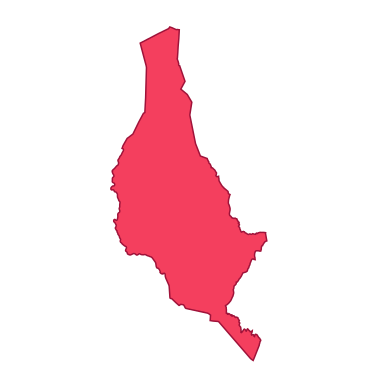 outline of Kilome, Eastern, Kenya, rotated 5°
{"feature_id": "3690345B81435991527602", "entity_name": "Kilome", "entity_type": "district", "adm_level": 2, "iso_a3": "KEN", "parent_name": "Kenya", "parent_adm1": "Eastern", "projection": "equal_earth", "projection_center": [37.318, -1.832], "detail": "fine", "context": "isolated", "style": "filled", "palette": "rose", "viewbox_px": 384, "rotation_deg": 5, "n_neighbors": 0, "source": "geoboundaries", "source_scale": "gbopen_adm2", "svg_char_len": 6143}
<svg xmlns="http://www.w3.org/2000/svg" viewBox="0 0 384 384"><g transform="rotate(5 192 192)"><path d="M183.1,115.5L184.0,102.6L178.8,95.3L171.9,90.5L175.4,82.4L168.7,67.3L168.2,67.3L167.8,66.9L167.6,66.4L167.6,65.4L166.9,63.4L165.6,60.6L165.8,59.9L165.7,54.2L165.5,48.2L165.5,40.4L165.2,31.5L163.1,31.4L162.5,31.6L162.0,31.6L157.8,30.1L155.5,29.5L154.9,30.6L154.1,31.5L144.8,37.1L127.4,48.2L135.4,70.4L135.8,72.1L137.6,102.4L138.1,117.0L136.8,117.8L132.9,126.9L128.1,139.4L122.7,144.3L119.3,151.7L118.5,154.7L119.6,155.0L120.0,155.5L120.1,156.5L119.9,157.3L119.2,158.6L118.3,161.2L117.1,162.9L116.5,164.8L115.7,166.1L115.5,166.6L115.5,167.3L116.3,169.1L116.3,170.4L116.1,171.1L115.9,171.6L114.8,172.5L114.4,173.0L112.7,175.4L111.3,176.8L110.6,178.1L111.0,178.5L110.9,179.1L111.1,179.7L111.9,181.1L112.5,181.8L112.7,182.3L112.8,182.9L112.7,183.5L111.7,184.6L111.5,185.2L111.7,188.7L112.0,189.2L112.4,189.5L113.5,189.9L114.0,190.3L114.3,191.0L114.3,191.8L114.1,192.4L113.6,192.8L112.6,192.9L112.2,193.2L111.7,193.7L111.1,194.5L110.9,195.1L110.9,196.1L111.2,196.6L111.6,196.9L112.3,196.9L112.9,196.7L113.5,196.7L114.0,197.0L114.7,198.3L115.1,198.5L116.1,198.6L116.6,199.0L117.2,199.6L117.9,200.6L118.2,203.4L118.4,204.0L119.5,205.9L119.7,206.6L120.2,207.3L120.8,207.7L121.1,208.3L121.2,209.0L121.1,211.0L121.3,213.1L120.9,214.9L121.2,215.8L121.7,217.0L121.7,217.6L121.6,218.3L121.3,218.7L120.6,219.3L120.2,219.8L120.0,220.9L120.3,223.3L120.1,225.3L119.9,226.0L119.6,226.6L119.1,226.9L118.6,226.7L117.7,226.1L117.2,226.1L116.7,226.5L116.5,227.1L116.5,227.6L116.7,228.4L117.8,229.2L119.4,231.6L119.4,232.4L119.1,233.9L118.7,234.5L119.0,235.2L120.1,236.8L120.6,237.1L120.7,237.8L120.9,238.4L121.7,239.6L122.0,240.7L123.2,241.9L123.5,242.7L123.9,243.9L124.7,244.8L125.0,245.4L124.8,247.0L124.9,247.7L125.3,248.3L126.1,248.8L127.0,249.8L128.3,250.7L129.6,251.6L130.8,252.0L131.3,252.4L131.6,253.2L131.5,253.8L131.1,255.0L130.9,255.9L131.1,256.6L132.3,257.4L132.7,258.0L133.1,259.2L133.9,259.7L135.4,260.1L136.0,260.1L137.1,259.6L138.7,258.6L139.3,258.4L139.9,258.4L140.7,258.6L142.2,259.6L143.0,259.5L143.8,259.0L144.8,258.1L145.3,258.1L146.9,258.8L148.9,258.8L150.4,258.4L151.3,258.5L153.0,259.3L154.3,259.5L155.4,259.9L157.1,260.3L158.1,261.0L161.5,265.0L161.9,265.6L162.2,266.5L162.9,269.4L163.2,270.0L163.5,270.5L164.0,270.8L165.1,271.0L165.7,271.6L166.3,272.2L167.4,274.4L167.2,274.9L168.0,275.7L169.1,276.2L170.1,276.2L170.1,275.7L171.1,275.5L171.7,275.4L172.1,275.7L172.5,276.6L172.8,278.6L173.4,280.1L177.2,287.0L177.5,288.1L179.2,299.0L179.4,299.6L179.8,299.9L181.0,300.0L181.6,300.4L185.8,303.8L188.9,306.1L189.4,306.0L190.3,305.1L190.7,304.9L193.2,305.1L193.6,305.4L194.0,305.8L195.1,307.6L195.5,308.1L196.1,308.5L199.7,309.0L217.9,311.3L219.1,311.7L221.2,313.0L221.3,318.5L223.9,318.7L229.3,318.7L229.9,318.9L264.4,352.4L265.5,353.3L267.6,354.5L268.6,351.4L272.3,338.9L272.4,338.3L272.3,337.8L272.7,336.5L272.8,335.1L273.3,334.3L273.4,333.6L272.9,333.0L272.1,331.8L271.1,331.1L269.3,328.7L268.9,328.4L267.7,328.2L267.3,328.5L267.0,329.2L267.0,330.0L266.9,330.6L266.4,330.4L265.8,329.1L265.5,328.8L265.1,328.8L263.9,329.3L263.6,328.8L263.6,328.1L263.8,327.1L264.1,326.1L264.1,325.0L263.1,326.0L262.6,326.2L262.1,326.1L261.8,325.5L260.8,324.9L259.8,323.8L259.3,323.5L259.0,323.8L258.2,325.8L257.8,325.7L257.6,325.1L256.7,324.3L256.2,324.0L255.7,324.3L255.4,324.9L254.7,326.1L254.3,326.6L254.0,327.3L253.3,327.8L252.9,327.5L253.0,326.6L252.8,324.6L252.5,323.6L252.3,322.5L251.0,321.1L250.6,320.5L250.7,319.4L251.0,318.9L250.9,318.1L250.3,317.8L250.1,317.1L250.2,316.3L250.4,315.9L250.0,315.4L249.6,315.2L249.3,314.5L248.8,314.0L248.7,313.3L248.2,313.0L247.7,313.0L247.3,312.8L246.9,312.8L246.5,313.1L246.2,312.8L245.6,312.8L245.0,311.9L244.6,311.9L244.2,311.7L243.7,311.7L242.7,312.2L242.4,311.8L242.7,311.4L242.5,310.9L242.0,310.9L241.5,311.4L240.7,310.7L239.5,310.0L239.0,310.2L238.8,310.6L238.1,310.7L238.0,309.8L237.4,309.9L236.8,309.8L236.7,308.9L236.5,306.1L236.2,304.9L236.2,304.2L236.0,303.6L235.2,302.5L235.8,301.8L236.6,301.3L238.2,299.6L240.0,297.0L240.5,295.8L241.4,293.1L241.7,292.6L241.9,291.7L242.3,289.6L242.3,288.5L241.6,285.6L242.0,284.6L242.1,282.0L243.4,280.6L243.8,280.0L244.0,279.5L244.0,277.9L244.7,277.9L245.8,276.4L246.6,274.5L247.4,273.6L247.8,272.8L248.5,271.5L249.5,268.8L249.9,268.1L252.7,267.0L253.8,266.1L254.0,265.5L254.3,264.0L254.7,263.0L255.1,262.7L255.4,260.8L255.7,260.1L256.0,259.5L256.1,258.1L256.3,257.5L257.2,254.5L257.4,254.0L258.3,253.4L258.9,253.3L259.6,253.8L260.8,253.9L260.6,253.2L260.5,252.2L260.0,250.7L259.8,249.5L259.8,247.7L260.1,246.3L260.4,245.6L260.8,245.2L261.3,244.9L263.2,244.8L264.9,245.0L265.7,244.8L265.9,243.4L266.0,242.9L265.9,241.6L266.1,239.9L266.5,239.4L267.0,239.3L267.2,238.4L268.7,235.6L269.1,235.3L269.5,234.8L270.8,234.2L268.9,227.1L268.9,226.1L267.0,226.0L263.2,226.3L261.8,226.8L260.8,227.6L260.4,227.3L259.9,227.3L259.3,227.8L259.1,228.6L257.4,228.5L256.1,228.2L255.0,229.0L254.4,229.0L253.5,228.7L253.0,228.8L252.0,229.4L251.0,229.2L249.8,228.4L248.6,228.1L247.7,227.1L247.3,227.1L246.7,226.8L245.5,227.2L245.0,227.6L244.4,227.4L244.1,227.0L243.6,225.8L242.9,224.6L242.7,223.6L241.9,222.6L241.4,222.3L241.4,221.7L242.1,220.6L242.0,220.1L241.2,219.5L240.9,219.1L241.2,218.7L241.6,218.5L241.4,218.0L240.6,217.6L240.4,217.0L239.8,216.6L239.2,215.2L238.9,214.8L238.5,214.9L237.4,214.3L236.9,214.3L236.5,214.6L236.0,214.7L234.9,214.3L234.4,214.5L233.4,213.6L233.1,213.1L231.7,212.1L231.4,211.6L231.1,210.2L231.5,206.6L231.3,204.8L230.1,201.7L229.6,201.0L229.2,199.9L229.1,198.9L229.1,196.6L229.7,192.8L230.1,191.2L228.9,190.8L228.5,190.4L228.2,189.9L228.0,188.7L227.7,188.2L224.6,186.0L223.7,185.6L223.2,184.7L222.5,184.4L221.1,183.0L218.8,179.8L217.9,178.3L217.6,176.1L217.3,175.4L217.1,174.0L215.7,174.5L215.2,174.5L214.4,173.7L214.6,173.0L214.8,170.9L213.9,169.8L212.8,168.2L212.5,167.9L211.3,167.1L210.6,166.4L210.0,166.1L209.0,166.1L208.8,165.5L208.9,164.8L208.2,163.9L208.0,163.2L207.5,162.5L206.7,162.0L206.3,161.6L206.0,160.3L205.7,160.1L204.4,157.9L204.2,157.3L197.2,155.4L191.3,143.5L183.1,115.5Z" fill="#f43f5e" stroke="#9f1239" stroke-width="1.5"/></g></svg>